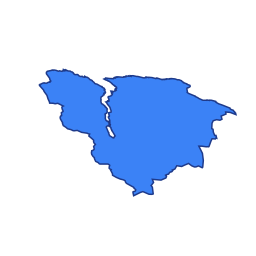 Sykkylven nor, Møre og Romsdal, Norway (Robinson projection), rotated 19°
{"feature_id": "86288312B25663992073727", "entity_name": "Sykkylven nor", "entity_type": "district", "adm_level": 2, "iso_a3": "NOR", "parent_name": "Norway", "parent_adm1": "Møre og Romsdal", "projection": "robinson", "projection_center": [6.578, 62.336], "detail": "fine", "context": "isolated", "style": "filled", "palette": "blue", "viewbox_px": 256, "rotation_deg": 19, "n_neighbors": 0, "source": "geoboundaries", "source_scale": "gbopen_adm2", "svg_char_len": 5723}
<svg xmlns="http://www.w3.org/2000/svg" viewBox="0 0 256 256"><g transform="rotate(19 128 128)"><path d="M225.7,80.2L224.8,78.8L223.8,78.5L223.6,78.0L222.9,77.9L221.9,77.0L219.2,76.9L218.3,76.6L218.0,76.0L209.6,75.6L205.9,75.6L203.1,75.1L203.1,74.8L202.0,74.6L202.0,74.3L197.9,74.6L196.1,75.1L196.1,75.4L193.6,75.8L193.6,76.1L189.8,77.4L185.4,77.0L184.1,76.6L181.4,76.3L181.3,76.0L180.9,76.0L174.2,75.6L172.4,75.1L172.5,74.7L170.9,71.8L171.0,70.7L171.8,70.4L173.1,68.9L173.2,68.2L172.6,67.5L169.7,67.5L169.6,67.2L169.0,67.1L165.8,67.1L165.8,66.8L163.9,66.4L163.3,65.9L160.5,65.8L159.2,66.3L156.5,66.3L152.6,67.2L152.6,67.5L151.1,67.9L151.1,68.3L148.6,68.9L148.6,69.2L148.2,69.2L148.2,69.5L147.8,69.5L147.5,69.9L147.1,69.8L146.9,70.2L146.2,70.2L146.2,70.5L144.4,70.9L144.4,71.2L139.4,71.3L139.4,71.6L138.5,71.6L138.3,72.2L134.3,72.5L131.1,73.3L131.1,73.6L128.9,73.8L128.6,73.9L128.7,74.3L128.0,74.3L127.8,75.0L126.5,75.5L120.3,76.1L119.7,76.4L115.8,76.9L114.1,77.5L114.1,77.8L113.6,77.8L113.9,78.2L111.8,78.4L111.9,78.8L109.4,79.4L109.4,80.1L108.8,80.1L108.8,80.5L107.4,80.9L107.5,81.3L106.3,81.8L101.8,82.9L100.3,83.5L99.5,84.1L100.3,84.1L99.8,84.4L99.8,84.9L98.4,85.4L98.2,86.1L94.0,87.3L90.5,88.0L90.4,88.2L90.5,88.5L90.7,88.9L90.3,89.3L89.5,89.3L89.3,89.5L91.1,89.8L92.7,89.8L92.8,89.5L93.1,89.6L92.9,89.8L94.0,90.1L95.0,90.0L98.3,91.1L98.3,91.3L100.0,92.0L100.6,92.0L100.8,92.3L102.0,92.5L102.0,92.8L103.7,93.1L103.8,93.6L103.9,94.1L104.3,94.1L104.1,95.0L103.6,95.0L104.2,95.1L104.2,95.6L103.9,95.8L103.3,95.8L103.3,94.9L103.2,95.0L103.2,95.8L104.5,96.2L104.0,97.0L103.6,97.0L103.0,97.5L102.7,98.1L101.8,98.8L101.1,98.3L99.8,98.7L100.7,99.7L101.7,100.0L101.2,100.5L102.2,101.3L101.9,102.5L100.9,102.6L101.5,102.7L101.4,103.2L99.8,104.4L99.4,104.5L99.1,104.9L99.1,105.3L99.4,105.9L99.9,106.1L100.9,107.7L100.6,108.2L101.0,108.6L100.0,108.9L100.4,109.4L98.6,110.6L99.5,111.0L100.9,112.3L103.5,113.8L104.5,114.7L105.5,116.2L106.5,117.3L106.8,118.5L104.7,119.9L104.9,120.5L105.6,121.1L105.6,121.8L106.5,122.6L106.5,123.1L105.8,123.9L106.0,124.4L107.7,126.0L108.5,127.2L108.5,127.5L108.3,127.7L108.0,127.6L107.7,128.2L107.4,128.1L108.4,128.7L109.0,128.6L109.1,129.9L109.3,130.2L110.0,130.2L110.3,130.6L110.2,132.3L109.6,132.5L111.3,132.9L111.8,133.3L112.2,134.3L113.6,135.4L113.5,135.7L114.8,136.6L118.4,139.7L118.0,140.2L118.0,141.0L117.6,141.5L117.7,142.0L117.1,142.2L113.0,141.2L111.6,139.4L111.4,138.7L110.7,138.3L107.1,134.2L107.2,133.6L107.8,132.8L108.8,132.4L108.7,131.9L109.6,131.7L109.3,131.1L109.4,130.8L108.9,130.3L109.1,130.2L108.7,130.0L108.7,129.3L108.4,129.0L107.2,128.7L106.5,128.1L105.6,128.3L104.7,127.9L103.3,126.2L103.0,124.7L101.9,122.6L102.1,122.4L101.9,121.9L102.9,121.0L103.1,119.5L102.6,118.6L102.1,117.2L102.3,116.9L102.0,116.5L100.7,115.9L100.9,115.8L100.7,115.6L99.1,115.1L98.8,114.5L97.0,114.1L96.5,113.7L95.1,113.6L94.6,113.1L93.5,111.3L93.3,110.5L93.5,110.2L92.8,109.3L92.5,107.4L93.7,105.9L93.7,105.2L94.5,104.4L94.3,104.3L94.4,104.0L93.8,103.1L94.2,102.8L93.8,102.7L94.8,102.6L94.7,102.2L95.1,101.9L95.1,101.5L94.4,100.9L93.8,99.9L93.2,99.9L93.2,99.1L93.3,99.0L93.0,98.9L93.1,98.7L92.6,98.2L90.2,97.9L89.9,97.6L89.9,97.3L88.6,97.4L84.4,96.6L82.9,96.8L82.1,96.7L81.0,95.9L79.1,95.3L78.9,94.9L77.8,94.6L76.6,94.7L74.5,93.7L72.9,93.3L72.5,93.5L70.2,93.2L70.4,94.0L70.7,94.0L70.4,94.2L67.5,94.4L67.5,94.2L66.2,94.8L64.6,94.6L63.7,94.3L63.9,94.3L63.6,94.0L62.7,93.9L60.5,94.8L59.6,94.6L58.7,94.2L58.8,94.0L58.4,93.7L57.1,93.2L56.0,93.4L54.9,93.0L52.7,93.6L50.5,93.3L50.7,93.7L49.9,93.7L50.2,93.9L49.9,94.1L48.8,93.9L49.3,94.4L48.7,94.5L48.9,94.6L48.9,94.9L47.7,95.1L47.2,95.9L44.4,96.3L44.1,96.8L43.6,97.0L41.3,96.9L38.9,97.3L38.6,97.8L37.5,97.8L37.5,98.1L33.6,100.4L33.7,100.5L33.1,101.0L32.7,101.9L33.2,103.3L37.6,106.4L38.5,107.8L39.6,108.6L39.6,108.9L39.3,109.2L39.6,109.3L39.2,110.2L37.8,110.6L37.2,111.4L36.3,112.2L34.1,112.8L34.1,112.6L34.7,112.4L34.1,112.6L33.0,113.2L32.1,114.0L31.8,114.5L30.6,115.3L30.3,116.1L30.5,116.2L30.3,116.3L30.6,116.7L35.8,119.6L36.7,120.7L40.7,123.5L43.0,126.6L45.2,128.9L45.8,130.0L49.1,129.0L51.2,128.8L53.6,127.5L59.6,128.3L58.9,129.0L58.8,129.4L58.8,130.2L60.1,132.2L60.6,132.4L61.2,133.6L60.0,135.2L61.2,137.9L60.4,138.6L60.3,139.1L60.5,140.4L61.2,141.5L64.4,144.3L64.5,144.9L66.0,146.8L69.2,147.6L71.1,148.4L74.8,148.1L76.7,148.4L77.9,148.2L80.8,146.8L85.6,147.2L91.1,146.2L92.4,146.4L93.7,146.2L93.6,148.3L99.3,150.6L99.7,151.2L99.9,152.2L100.7,153.2L102.5,154.1L101.5,156.6L102.7,158.5L102.9,159.4L101.9,160.7L101.1,161.3L101.5,163.4L102.3,164.8L104.2,166.3L105.9,167.0L106.2,167.9L108.3,170.1L111.1,170.4L112.5,171.2L113.2,171.2L120.8,168.6L122.6,169.0L122.9,169.3L122.9,170.9L123.3,172.2L124.0,172.6L125.6,172.8L125.3,173.5L128.2,176.3L128.8,177.7L133.1,178.5L137.3,178.8L140.5,178.5L142.0,178.7L142.6,178.9L143.1,179.8L144.5,180.8L152.5,182.2L153.0,182.4L153.4,183.1L155.3,183.7L155.5,184.3L155.2,185.6L153.6,186.5L153.7,187.4L155.4,190.2L160.8,184.8L162.8,183.3L169.4,183.8L172.3,182.9L173.3,182.1L170.3,176.0L168.6,174.9L169.9,171.2L167.7,168.6L176.2,166.5L180.1,162.9L180.2,161.3L179.9,160.9L179.5,160.8L179.6,160.3L179.1,160.2L180.2,159.1L181.4,158.4L181.6,157.2L182.3,155.8L183.0,155.6L183.8,154.8L184.2,153.5L183.7,153.3L185.7,151.5L186.4,147.8L191.3,146.9L193.3,144.9L196.8,141.8L200.6,143.0L203.5,143.2L205.0,142.6L207.0,140.9L211.1,141.4L211.4,140.7L209.8,134.2L206.6,127.7L200.9,122.1L203.5,121.2L208.1,120.3L209.2,119.8L210.4,119.5L210.6,118.9L210.7,113.4L211.0,110.8L214.2,109.9L214.4,108.8L215.2,108.8L213.6,106.4L212.4,106.8L210.1,104.2L208.8,101.5L207.4,101.3L205.9,96.2L206.2,93.4L209.0,91.3L212.4,90.7L214.0,89.1L212.2,86.4L216.1,82.9L215.1,81.1L219.5,80.0L225.7,80.2Z" fill="#3b82f6" stroke="#1e3a8a" stroke-width="1.5"/></g></svg>